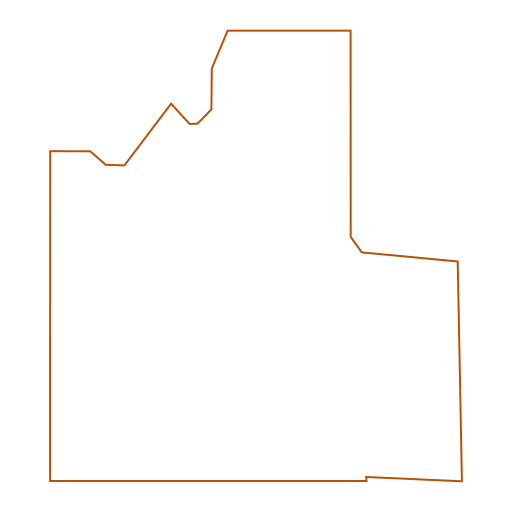 80, Ar Rayyān, Qatar
{"feature_id": "91078587B61034229486760", "entity_name": "80", "entity_type": "district", "adm_level": 2, "iso_a3": "QAT", "parent_name": "Qatar", "parent_adm1": "Ar Rayyān", "projection": "natural_earth1", "projection_center": [51.221, 25.39], "detail": "fine", "context": "isolated", "style": "outline", "palette": "amber", "viewbox_px": 512, "rotation_deg": 0, "n_neighbors": 0, "source": "geoboundaries", "source_scale": "gbopen_adm2", "svg_char_len": 394}
<svg xmlns="http://www.w3.org/2000/svg" viewBox="0 0 512 512"><path d="M350.6,30.7L227.6,30.7L211.8,68.5L211.4,109.4L197.6,123.6L189.6,124.0L171.1,103.7L124.4,165.4L105.7,164.8L90.3,151.3L50.2,151.2L50.1,350.6L50.1,481.0L325.2,481.0L366.5,481.0L366.2,477.0L461.9,481.3L460.0,380.1L457.7,261.5L361.8,252.4L350.7,236.9L350.6,74.3L350.6,30.7Z" fill="none" stroke="#b45309" stroke-width="2"/></svg>